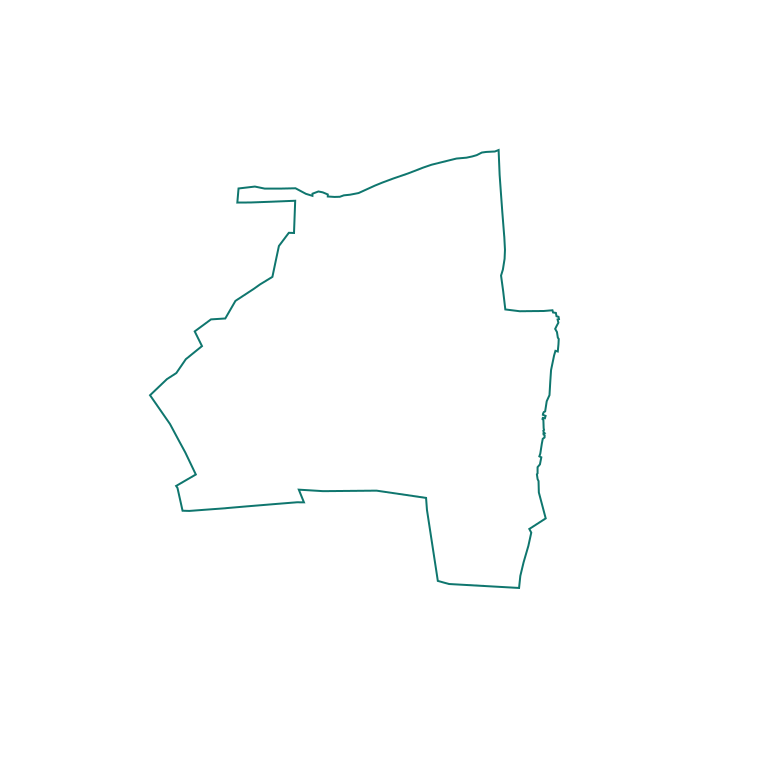 Kolomotu'a, Tongatapu, Tonga (Equal Earth projection), rotated 321°
{"feature_id": "48082658B41580202055285", "entity_name": "Kolomotu'a", "entity_type": "district", "adm_level": 2, "iso_a3": "TON", "parent_name": "Tonga", "parent_adm1": "Tongatapu", "projection": "equal_earth", "projection_center": [-175.229, -21.143], "detail": "fine", "context": "isolated", "style": "outline", "palette": "teal", "viewbox_px": 768, "rotation_deg": 321, "n_neighbors": 0, "source": "geoboundaries", "source_scale": "gbopen_adm2", "svg_char_len": 1966}
<svg xmlns="http://www.w3.org/2000/svg" viewBox="0 0 768 768"><g transform="rotate(321 384 384)"><path d="M620.3,274.3L616.5,273.1L609.5,268.0L605.7,265.7L600.1,264.5L595.8,262.7L590.5,260.0L582.2,254.4L575.4,251.2L558.9,243.5L550.7,240.5L535.2,235.5L520.4,230.1L509.4,226.4L501.8,224.1L484.4,219.6L476.7,215.5L471.5,212.1L467.5,210.7L463.3,207.5L458.3,202.9L459.6,201.3L457.0,196.5L454.2,193.1L448.2,191.1L446.8,192.7L443.0,187.1L438.4,176.2L426.9,167.3L414.2,157.0L407.9,149.3L394.0,140.5L384.2,150.7L394.6,159.0L409.9,170.5L430.3,185.7L409.1,210.0L405.2,206.6L389.2,210.6L378.7,219.1L364.7,230.5L350.4,228.6L342.5,228.1L320.9,225.9L301.9,233.2L290.2,224.9L270.0,224.0L266.4,240.0L245.6,240.0L229.5,244.8L218.4,243.6L195.1,245.5L192.5,280.4L188.7,300.2L186.5,312.1L180.8,335.9L158.3,332.4L158.1,334.8L147.7,355.7L152.8,360.1L168.1,370.7L182.9,381.0L183.0,381.0L199.7,392.3L225.5,409.9L242.0,421.2L247.3,425.6L251.3,412.5L269.3,429.0L311.1,462.2L345.0,499.0L338.2,508.8L305.2,565.3L303.6,568.0L301.9,570.9L308.6,580.3L337.9,606.9L360.6,627.5L369.2,618.9L380.3,610.4L394.4,600.6L404.9,592.2L405.7,588.1L425.1,590.2L436.1,565.7L443.0,556.7L443.5,554.6L446.0,550.4L447.1,550.1L451.0,545.3L454.6,544.6L460.1,540.0L459.2,538.0L461.7,536.4L469.1,529.7L472.9,526.5L475.1,526.6L476.6,524.9L476.2,523.7L476.8,522.8L477.9,523.2L477.8,521.8L478.5,520.5L479.5,520.4L480.2,518.9L485.2,512.3L485.1,511.0L486.1,510.3L487.5,511.9L489.5,510.5L488.1,507.9L489.0,507.1L490.5,506.4L492.0,506.7L499.6,499.8L505.6,496.8L514.8,486.7L522.6,478.3L534.1,468.9L538.1,466.1L539.5,468.1L544.7,462.8L548.1,459.0L548.3,457.3L551.1,452.5L551.7,448.9L555.2,447.3L558.1,446.1L559.5,443.1L560.8,443.7L561.9,441.6L560.7,439.9L562.3,436.9L560.4,434.8L561.3,432.7L554.1,427.8L542.9,418.9L535.3,412.9L525.2,402.4L535.0,386.9L543.2,373.4L548.4,369.9L556.5,362.6L562.5,355.8L570.2,345.2L570.5,344.7L584.1,324.9L594.4,310.1L605.5,294.2L620.3,274.3Z" fill="none" stroke="#0f766e" stroke-width="2"/></g></svg>